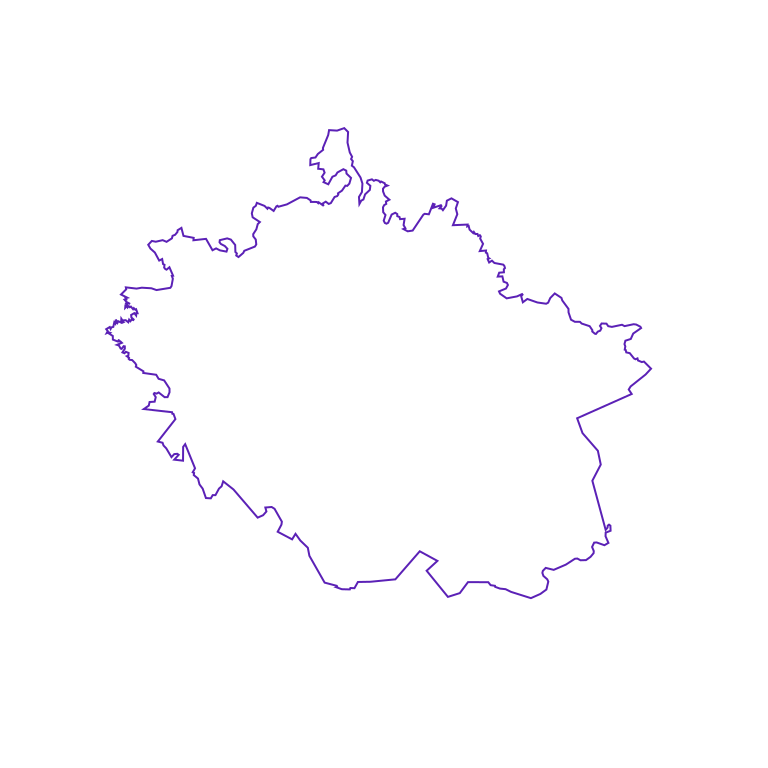 the district of Arcelia, Guerrero, Mexico, rotated 300°
{"feature_id": "50627088B97404190214599", "entity_name": "Arcelia", "entity_type": "district", "adm_level": 2, "iso_a3": "MEX", "parent_name": "Mexico", "parent_adm1": "Guerrero", "projection": "albers", "projection_center": [-100.171, 18.254], "detail": "fine", "context": "isolated", "style": "outline", "palette": "violet", "viewbox_px": 768, "rotation_deg": 300, "n_neighbors": 0, "source": "geoboundaries", "source_scale": "gbopen_adm2", "svg_char_len": 6166}
<svg xmlns="http://www.w3.org/2000/svg" viewBox="0 0 768 768"><g transform="rotate(300 384 384)"><path d="M242.2,188.5L253.6,214.6L252.4,215.6L252.8,216.7L249.3,220.9L221.1,216.9L222.4,221.6L220.5,223.8L219.4,227.6L214.4,236.5L218.4,237.4L220.2,239.9L220.0,241.6L213.6,240.2L217.1,248.3L229.1,241.5L232.5,241.9L216.5,262.5L211.9,262.5L212.0,264.0L210.0,264.8L209.1,270.2L204.8,274.4L202.7,279.3L196.2,286.8L198.4,291.2L202.1,291.2L203.5,293.6L210.9,293.4L214.2,294.5L219.3,293.4L217.4,306.4L205.1,341.4L209.9,344.9L214.8,345.9L217.7,343.0L221.3,348.2L221.2,351.6L213.7,364.4L210.9,365.5L202.9,365.8L203.5,382.1L210.0,382.3L206.6,389.8L204.1,399.9L197.9,405.3L182.3,431.9L185.6,444.0L184.8,445.2L184.2,444.6L185.2,450.1L189.0,457.1L190.5,456.9L192.4,460.5L199.5,460.4L206.0,471.2L220.5,491.5L257.0,498.6L257.5,518.7L243.6,514.3L231.6,545.8L240.8,554.2L254.4,555.8L264.5,573.4L263.1,576.9L264.7,581.0L263.9,581.7L264.8,586.7L267.1,591.9L267.5,598.0L272.0,618.3L280.4,624.4L287.2,627.4L295.0,625.1L296.5,623.0L297.5,618.0L299.6,615.6L301.6,615.0L305.6,616.0L307.9,623.9L318.5,631.8L328.1,636.7L329.5,638.7L329.6,642.3L332.5,647.0L337.6,649.3L342.3,650.1L344.2,649.2L346.9,645.7L351.7,645.3L353.1,647.4L354.6,655.5L358.6,657.8L362.9,652.0L366.1,650.3L370.2,653.6L374.5,650.9L374.7,649.2L373.2,648.6L371.4,649.4L368.5,648.9L404.4,612.8L422.6,612.0L433.1,602.6L440.7,580.5L450.9,568.4L499.2,603.5L501.6,598.7L505.2,598.8L523.0,605.8L530.8,607.6L533.4,597.9L531.9,596.3L531.4,592.2L532.9,590.7L531.2,589.5L531.1,587.8L533.6,581.4L532.5,578.0L534.3,576.3L534.1,575.3L537.2,574.2L538.8,572.3L542.2,571.4L546.4,575.2L552.3,574.6L561.0,578.7L561.8,577.4L561.6,572.7L560.6,570.3L554.4,563.4L554.3,560.5L547.4,552.8L546.2,549.3L547.5,546.5L545.2,542.2L542.3,542.0L541.1,544.4L538.3,544.6L536.3,543.0L533.3,542.5L533.0,541.5L533.6,538.1L534.8,537.5L536.9,533.2L535.2,525.0L535.8,522.6L533.3,518.2L533.2,513.8L538.3,508.0L541.3,506.2L545.5,496.6L547.3,494.6L547.8,486.6L541.6,485.0L536.5,485.5L534.6,484.3L531.3,476.1L529.3,465.6L524.2,463.4L528.6,458.9L530.6,459.3L530.9,458.6L526.4,455.4L519.5,447.4L520.2,439.4L521.7,437.3L527.7,441.9L531.7,441.8L533.0,439.9L532.4,436.4L536.4,432.7L533.9,428.8L538.0,428.1L540.7,432.0L543.3,430.4L544.9,430.8L546.5,429.1L547.0,427.6L544.0,419.1L544.8,415.8L541.8,414.3L544.0,411.3L545.4,412.3L545.4,411.2L548.8,408.0L548.7,406.5L550.6,405.6L547.0,400.5L554.9,399.7L558.0,394.6L560.2,394.0L560.8,392.6L559.3,391.6L560.7,389.9L559.5,388.1L560.6,385.8L559.3,385.8L560.5,380.9L563.2,378.3L562.1,377.3L563.9,376.7L556.0,364.3L567.7,362.6L571.9,358.4L578.5,357.1L578.5,349.6L574.2,346.8L569.5,348.6L564.0,348.1L564.7,346.2L563.9,344.3L566.8,344.8L567.3,343.9L561.3,338.6L564.9,338.0L564.6,336.3L553.4,338.0L551.7,334.1L550.3,333.4L531.2,332.1L528.1,328.2L527.9,323.3L529.6,324.6L531.4,321.5L537.4,319.2L534.8,315.5L536.4,313.9L536.0,311.6L537.8,310.5L537.9,308.1L534.6,305.9L525.7,307.0L524.1,306.0L523.9,304.2L525.3,302.1L531.1,300.8L532.4,297.4L536.5,294.8L539.0,294.7L541.1,295.9L543.0,294.4L546.3,296.5L547.5,290.4L550.3,286.9L552.6,285.5L555.2,285.9L557.6,287.8L557.3,285.1L558.2,284.2L557.9,280.2L556.8,279.9L557.4,277.7L556.6,274.8L554.9,273.6L555.2,271.2L552.0,268.1L549.7,268.6L548.8,273.1L545.0,274.7L538.8,272.8L533.5,273.9L531.4,272.6L527.6,272.7L533.5,268.8L539.2,268.9L546.8,265.1L551.1,260.4L556.7,249.6L557.0,247.0L561.4,245.6L562.4,243.0L564.8,242.8L567.4,238.6L574.8,231.7L584.3,226.9L585.7,221.6L580.0,216.7L576.4,209.5L571.7,211.2L557.8,213.1L556.4,214.2L550.1,211.7L545.9,211.4L543.3,208.0L541.9,207.9L536.7,210.7L542.7,217.0L537.5,219.4L539.6,224.2L537.3,226.9L532.5,226.6L530.7,230.8L528.6,230.7L529.1,235.9L537.7,235.7L540.5,237.8L543.9,237.9L549.7,241.4L549.9,244.6L547.5,246.3L546.0,252.4L540.2,253.8L537.2,253.1L536.5,251.4L530.4,250.9L526.1,248.8L525.2,249.7L523.3,249.5L521.3,247.7L514.1,247.5L512.3,246.1L512.8,242.4L509.5,240.6L508.1,242.7L508.7,236.6L507.7,236.6L508.1,234.9L505.1,229.6L506.3,228.6L506.6,224.2L503.7,218.0L491.0,210.1L484.7,203.9L485.1,202.7L484.1,202.0L478.7,201.9L479.2,196.8L478.9,195.4L477.5,195.4L478.5,191.5L477.3,183.3L474.2,183.9L471.4,182.7L465.7,184.2L462.7,186.9L462.2,195.5L459.4,194.7L454.1,196.1L448.4,195.8L446.5,197.0L445.0,200.7L441.0,203.6L438.5,203.5L429.5,196.4L427.2,196.6L421.2,194.5L421.4,191.8L423.5,191.3L424.0,189.3L430.0,185.6L432.5,179.2L431.7,175.4L426.5,169.9L424.5,170.7L423.7,172.7L423.9,177.1L422.8,180.8L419.9,181.4L417.7,175.1L417.5,170.8L414.1,168.6L420.7,157.3L413.2,147.1L415.4,146.1L412.0,136.3L417.9,130.5L414.0,128.4L412.3,129.1L408.8,128.5L406.6,126.8L404.1,127.5L398.4,124.6L397.9,120.4L393.1,115.2L391.8,111.4L386.7,110.2L384.5,114.0L383.3,119.8L378.5,127.6L381.3,129.4L377.4,132.7L377.5,134.3L374.9,135.4L374.2,137.2L374.3,138.5L377.8,139.8L372.3,147.2L371.5,146.2L369.6,148.5L362.6,151.0L360.5,150.9L351.6,140.0L350.6,134.7L346.3,126.1L342.9,122.0L338.6,112.1L337.1,113.4L330.0,111.5L330.4,118.6L329.1,117.3L328.4,118.5L327.3,117.2L326.3,120.0L326.4,124.1L326.0,120.3L324.7,120.3L324.7,121.8L323.1,121.8L322.7,120.8L320.6,121.8L323.2,122.5L322.2,123.7L323.8,124.0L323.4,125.5L324.5,126.1L323.3,129.3L324.6,129.4L324.0,131.4L324.8,131.9L322.1,135.1L321.6,134.1L319.4,135.1L320.5,132.3L317.3,130.5L315.3,132.0L314.7,134.9L314.0,134.9L313.6,133.2L311.6,133.0L312.3,131.1L309.6,131.7L310.1,128.4L308.3,125.7L309.2,123.9L307.2,124.9L307.2,127.4L305.8,126.4L305.5,122.5L304.0,122.6L305.7,119.4L303.1,121.6L303.1,120.1L302.1,120.7L302.5,119.6L298.1,121.0L296.7,119.6L295.0,119.7L296.2,118.0L292.6,116.0L291.7,118.3L289.4,118.4L291.1,119.7L291.4,121.3L290.2,120.7L290.0,125.1L286.9,127.0L287.7,132.3L290.1,132.3L288.2,132.8L289.1,134.2L288.6,136.4L284.4,133.2L284.8,135.2L283.0,138.2L283.2,139.2L286.6,139.6L287.0,140.7L285.0,141.9L280.6,141.7L280.9,143.9L282.8,144.3L283.2,147.3L280.7,148.4L279.5,147.4L279.2,150.1L278.1,150.3L277.8,151.6L278.8,153.9L277.6,158.2L276.6,160.0L274.9,160.4L274.7,169.3L273.2,170.0L278.1,182.1L275.8,186.2L277.2,191.8L272.8,200.5L269.6,202.4L264.4,203.1L262.9,200.6L264.0,193.1L262.0,191.9L261.4,189.7L260.2,189.6L258.5,192.9L254.0,194.2L251.2,190.0L247.7,191.1L242.2,188.5Z" fill="none" stroke="#5b21b6" stroke-width="2"/></g></svg>